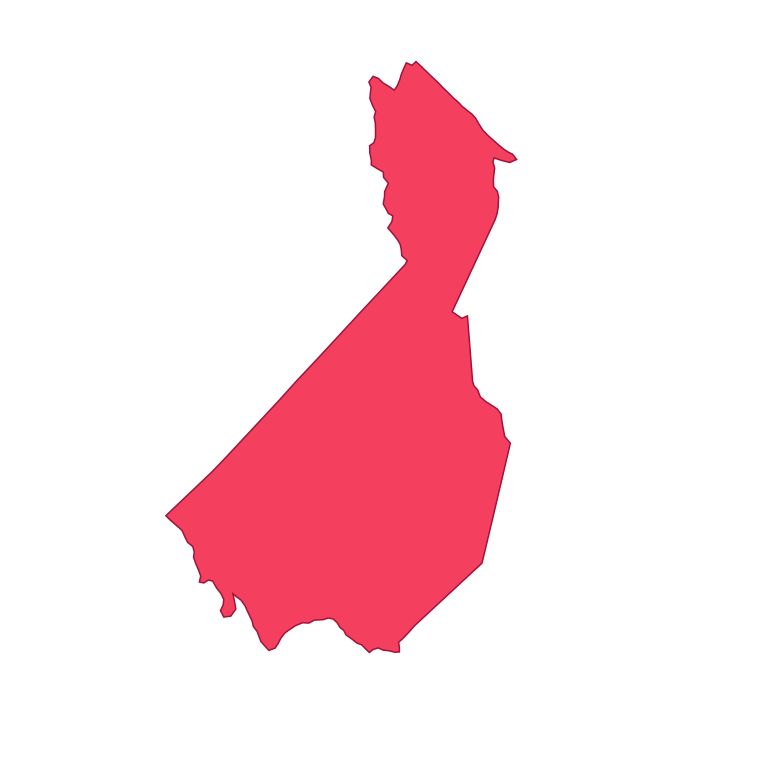 Uruçuca, Bahia, Brazil (Albers equal-area conic projection), rotated 304°
{"feature_id": "56859067B25735751163092", "entity_name": "Uruçuca", "entity_type": "district", "adm_level": 2, "iso_a3": "BRA", "parent_name": "Brazil", "parent_adm1": "Bahia", "projection": "albers", "projection_center": [-39.205, -14.52], "detail": "fine", "context": "isolated", "style": "filled", "palette": "rose", "viewbox_px": 768, "rotation_deg": 304, "n_neighbors": 0, "source": "geoboundaries", "source_scale": "gbopen_adm2", "svg_char_len": 2342}
<svg xmlns="http://www.w3.org/2000/svg" viewBox="0 0 768 768"><g transform="rotate(304 384 384)"><path d="M152.8,276.8L151.5,283.8L150.5,292.5L149.6,298.5L145.1,305.8L142.9,309.9L142.3,316.4L138.6,320.7L133.9,322.9L129.3,329.2L125.7,334.8L122.3,339.4L116.6,341.7L118.3,345.9L123.2,348.0L124.8,352.2L121.3,359.2L119.0,366.2L115.7,371.7L110.8,374.2L104.7,375.1L101.2,381.5L105.9,386.8L114.6,387.0L120.1,381.7L125.6,376.1L125.1,380.9L124.9,386.2L122.3,393.0L119.0,398.3L116.7,402.2L113.9,407.0L109.9,411.3L107.9,417.2L105.2,421.0L101.7,425.9L100.3,431.0L98.8,437.5L104.1,441.4L109.2,441.4L116.0,440.6L122.4,441.1L128.7,443.5L134.5,445.9L140.5,450.0L143.8,455.4L149.3,458.3L154.5,465.2L159.0,468.9L160.7,473.4L159.9,478.5L157.5,483.8L157.2,488.4L154.8,492.7L154.6,499.6L154.1,506.7L155.3,511.2L154.1,516.9L153.2,522.0L157.7,523.4L162.1,526.9L162.8,531.9L165.6,537.2L167.7,543.0L170.5,546.6L174.3,544.0L178.0,540.6L183.9,542.0L192.6,543.5L200.2,544.4L290.2,565.4L298.9,562.2L333.5,549.2L405.5,521.9L408.0,513.4L414.6,506.9L419.6,502.1L424.5,498.0L426.6,491.7L426.5,484.0L426.3,478.6L427.2,471.0L431.5,464.9L432.8,459.6L435.7,456.0L487.1,415.1L481.9,411.8L482.0,404.8L482.0,400.1L582.5,384.2L588.2,382.6L594.2,379.9L599.1,376.8L602.9,374.7L607.1,370.2L608.7,364.7L614.6,360.4L620.6,357.2L624.9,355.0L628.9,350.2L633.0,348.8L635.0,356.2L638.0,364.4L644.3,368.4L646.4,362.1L645.7,356.7L645.7,351.0L646.4,344.5L647.2,338.4L648.1,331.4L649.7,324.1L652.5,317.6L655.6,311.3L657.0,305.6L657.2,301.0L657.9,293.4L659.1,288.4L660.0,281.1L661.5,273.7L662.6,267.1L664.0,261.1L664.9,255.5L665.8,250.0L667.0,243.3L668.0,237.7L669.2,230.2L663.9,229.0L662.7,222.9L656.8,223.9L650.7,225.1L645.5,226.8L639.1,228.2L633.4,228.2L633.4,222.0L633.1,214.7L634.2,208.4L633.0,202.9L625.9,202.6L622.7,207.4L618.3,209.6L612.8,212.6L608.3,219.2L605.1,224.8L599.8,226.5L595.8,230.6L590.1,234.8L583.6,239.1L578.4,240.7L573.5,238.8L567.8,242.9L562.3,248.5L558.5,250.9L558.8,257.9L559.3,264.9L555.1,268.0L552.9,275.3L544.0,276.9L539.3,279.8L532.8,282.7L530.0,288.3L527.9,292.2L528.3,297.2L523.2,299.7L515.5,299.9L513.1,308.9L510.7,315.6L508.7,319.5L504.9,323.3L500.3,327.0L499.3,334.2L494.9,334.7L466.1,330.1L457.7,328.8L435.0,325.1L390.8,318.3L363.9,314.1L337.7,309.8L312.1,306.2L234.5,293.9L215.0,290.5L152.8,276.8Z" fill="#f43f5e" stroke="#9f1239" stroke-width="1.5"/></g></svg>